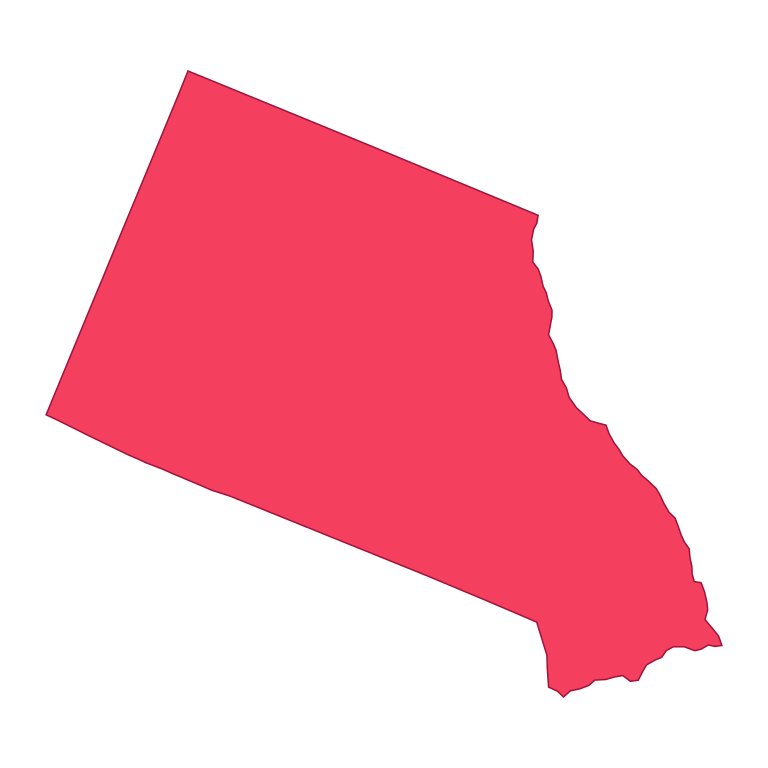 Glória de Dourados, Mato Grosso do Sul, Brazil
{"feature_id": "56859067B89465609362006", "entity_name": "Glória de Dourados", "entity_type": "district", "adm_level": 2, "iso_a3": "BRA", "parent_name": "Brazil", "parent_adm1": "Mato Grosso do Sul", "projection": "orthographic", "projection_center": [-54.122, -22.429], "detail": "fine", "context": "isolated", "style": "filled", "palette": "rose", "viewbox_px": 768, "rotation_deg": 0, "n_neighbors": 0, "source": "geoboundaries", "source_scale": "gbopen_adm2", "svg_char_len": 1421}
<svg xmlns="http://www.w3.org/2000/svg" viewBox="0 0 768 768"><path d="M188.0,71.0L178.4,94.8L140.9,185.6L122.1,230.8L102.6,278.3L93.8,299.3L46.1,414.8L58.1,420.4L89.6,436.1L127.7,454.6L137.9,459.0L146.1,462.8L162.1,469.0L173.3,473.9L187.8,480.0L203.0,486.4L211.9,490.3L230.0,496.1L425.6,575.2L432.4,578.0L465.8,592.0L481.2,598.4L536.7,622.1L546.9,655.2L547.3,668.0L548.0,678.9L548.6,687.1L557.6,691.3L563.5,697.0L570.3,690.9L580.0,688.8L589.1,685.3L594.8,680.1L605.9,679.5L614.6,676.9L622.8,675.6L630.4,681.3L638.3,680.2L642.3,672.1L646.6,664.8L655.2,660.0L661.7,657.3L666.4,650.5L673.3,646.8L684.2,646.8L694.8,650.7L701.3,649.1L708.3,645.0L715.0,646.4L721.9,645.5L718.6,636.1L712.0,627.9L705.0,619.6L707.7,609.9L707.0,602.8L704.5,591.7L701.1,582.7L694.2,581.6L692.1,573.8L691.9,566.6L690.0,557.8L689.2,548.8L684.3,541.9L681.2,535.1L678.4,526.9L675.1,518.1L669.1,512.4L663.9,503.4L660.3,495.6L656.2,488.5L648.1,480.8L641.8,475.5L637.1,469.4L629.8,463.8L622.6,455.6L619.3,449.8L614.0,442.7L609.1,433.8L606.0,425.1L597.8,423.0L590.2,420.8L583.6,414.4L576.3,407.6L569.1,397.3L566.4,387.9L561.5,379.3L560.2,370.1L558.2,361.5L556.0,350.1L553.5,344.1L548.6,334.8L550.3,325.2L551.9,317.2L552.0,310.1L548.3,301.1L546.3,292.9L543.1,286.2L540.8,276.2L538.3,269.3L532.8,262.0L533.2,251.1L531.5,239.7L533.7,229.0L536.8,223.3L538.1,215.3L380.1,149.8L309.4,120.7L188.0,71.0Z" fill="#f43f5e" stroke="#9f1239" stroke-width="1.5"/></svg>